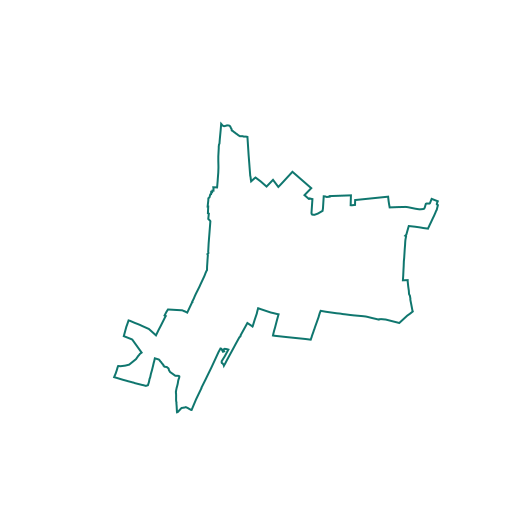 Negrasi, Arges, Romania, rotated 149°
{"feature_id": "2599482B82159527317545", "entity_name": "Negrasi", "entity_type": "district", "adm_level": 2, "iso_a3": "ROU", "parent_name": "Romania", "parent_adm1": "Arges", "projection": "equal_earth", "projection_center": [25.135, 44.592], "detail": "fine", "context": "isolated", "style": "outline", "palette": "teal", "viewbox_px": 512, "rotation_deg": 149, "n_neighbors": 0, "source": "geoboundaries", "source_scale": "gbopen_adm2", "svg_char_len": 5938}
<svg xmlns="http://www.w3.org/2000/svg" viewBox="0 0 512 512"><g transform="rotate(149 256 256)"><path d="M232.4,367.6L237.0,360.8L239.4,356.8L241.5,353.1L242.8,350.9L245.4,346.9L249.1,341.7L250.2,340.1L253.9,335.0L254.1,334.8L255.0,335.5L257.2,336.9L257.8,335.5L258.8,333.9L259.8,334.5L260.7,333.3L261.4,334.0L262.7,332.1L263.5,332.3L265.7,330.2L267.1,330.0L268.2,328.3L272.0,323.3L271.5,323.0L275.2,317.4L274.6,316.6L277.8,312.4L277.2,309.8L277.2,309.3L290.1,291.2L294.9,284.1L295.2,283.1L295.6,282.8L296.4,282.6L296.7,282.6L296.9,281.4L298.4,279.3L299.8,277.3L301.1,275.4L303.4,272.1L305.3,269.1L306.7,268.4L307.1,268.0L307.9,267.5L309.5,266.2L311.0,265.1L318.6,260.0L320.0,259.0L327.1,254.5L329.0,253.2L331.3,251.5L332.1,251.0L334.3,249.6L334.3,249.3L334.5,249.3L344.1,242.9L345.7,245.5L345.9,245.5L347.0,247.2L347.3,247.5L359.0,255.5L361.6,254.2L365.0,252.1L364.3,251.0L365.4,250.4L373.6,245.2L377.4,242.9L382.6,239.5L385.4,248.6L389.8,254.9L390.9,256.6L392.4,258.6L394.3,261.0L397.3,265.2L398.4,266.4L402.1,263.3L403.5,262.2L410.6,255.4L405.4,248.6L405.1,248.0L403.8,232.1L405.9,231.9L407.6,231.2L408.2,231.1L412.0,229.4L420.7,228.2L424.6,229.4L429.1,231.4L430.1,232.2L430.8,232.7L431.9,231.9L434.5,229.5L435.6,228.6L436.5,227.8L438.4,226.4L438.6,226.3L440.0,225.2L438.6,223.7L438.4,223.5L433.7,218.3L431.0,215.5L430.4,214.8L428.3,212.7L426.6,210.9L426.3,210.7L425.9,210.2L425.6,209.8L425.3,209.4L425.0,209.1L419.8,203.9L419.7,203.8L419.4,203.6L417.3,201.4L417.2,201.4L415.7,201.0L415.2,200.9L415.1,201.0L412.8,203.0L410.4,205.6L410.2,205.7L409.1,206.6L406.7,209.2L404.2,211.5L403.8,211.9L403.7,212.0L403.2,212.5L402.2,213.5L401.4,214.3L401.1,214.6L398.6,217.2L397.2,218.5L395.4,220.4L392.6,217.3L392.4,216.6L392.3,215.7L392.3,215.1L392.0,214.0L391.9,212.2L391.7,211.6L391.6,210.9L391.5,210.3L391.7,210.0L391.8,209.7L391.5,208.9L391.5,208.7L391.5,208.3L389.7,206.8L389.6,206.7L389.5,206.2L389.0,205.0L388.9,204.6L389.0,204.2L389.2,203.6L389.4,203.2L389.4,201.0L389.4,200.8L388.7,199.2L388.0,197.6L386.9,195.0L386.7,194.8L384.9,193.7L384.0,193.0L383.8,192.7L383.7,192.3L384.2,191.6L384.8,191.0L385.6,190.4L386.9,189.2L387.8,188.1L389.0,186.7L389.6,186.1L390.0,185.7L390.6,185.1L390.9,184.8L392.1,183.7L392.5,183.2L393.2,182.5L393.4,182.2L394.3,181.3L394.3,181.1L394.8,180.5L394.8,180.4L395.3,179.6L395.3,179.4L396.3,177.6L398.5,174.0L399.2,172.7L399.6,171.4L399.9,171.1L401.5,167.9L402.4,166.2L404.1,163.0L404.2,162.7L403.7,162.6L403.1,162.6L402.5,162.8L401.9,163.0L401.2,163.2L400.1,163.5L398.9,163.9L397.9,164.0L396.8,163.5L396.1,163.3L395.5,163.0L395.0,162.8L394.2,162.7L393.6,162.1L393.2,161.4L392.7,160.7L392.1,159.5L391.8,159.0L391.2,158.0L391.0,157.6L390.5,157.2L381.2,164.0L370.7,170.9L370.6,171.2L363.5,175.7L363.0,176.0L360.9,177.4L351.8,183.3L343.4,189.0L339.6,191.6L338.5,192.3L338.2,192.6L334.1,195.0L333.5,194.4L333.5,194.2L333.6,190.9L332.4,190.7L332.3,192.6L330.7,192.6L329.1,191.3L327.9,190.0L334.5,186.1L339.6,183.5L340.3,182.4L340.4,181.9L340.0,181.2L339.8,180.1L339.8,179.2L340.0,178.5L339.5,178.8L337.8,179.7L335.9,180.9L333.9,182.1L323.0,188.5L318.8,191.0L312.1,194.9L311.3,195.0L310.8,195.1L310.0,195.8L310.0,196.0L306.0,198.3L297.9,203.0L295.6,198.1L295.3,197.3L295.1,197.4L290.1,201.9L284.8,206.4L284.3,207.0L283.3,208.0L281.1,210.1L276.5,204.7L272.4,199.9L270.5,198.1L269.0,196.6L267.8,195.4L266.7,194.4L271.3,190.0L276.5,184.9L276.7,184.7L277.8,183.7L278.7,182.9L281.0,180.6L282.4,179.1L281.5,178.3L277.0,174.9L271.2,170.5L267.2,167.5L256.5,159.5L252.2,156.1L251.7,156.5L250.8,157.3L250.0,157.9L249.2,158.7L248.0,159.7L245.9,161.4L244.2,162.9L243.3,163.5L242.6,164.2L240.9,165.6L239.9,166.4L233.7,171.5L232.5,172.7L232.0,173.1L230.8,174.2L228.8,175.7L224.8,172.2L216.4,165.4L213.4,163.2L211.5,161.5L209.5,160.0L205.6,156.9L202.7,154.7L195.4,149.4L193.2,147.7L192.1,146.7L188.1,142.7L185.8,140.5L183.5,138.2L183.1,138.4L182.1,137.9L180.9,137.2L177.5,134.7L167.7,124.8L157.0,127.0L153.9,127.2L150.2,127.7L149.9,129.0L148.6,132.5L146.2,139.1L145.7,139.8L144.6,142.5L144.4,144.6L142.9,147.5L141.3,151.3L139.2,155.8L138.4,157.2L142.6,159.5L140.3,162.8L139.5,164.0L136.5,168.5L134.8,171.0L132.0,175.3L130.0,178.0L125.1,185.1L122.6,188.6L121.8,189.8L120.7,191.4L119.6,192.9L117.2,195.6L117.2,195.9L117.6,196.5L116.8,196.7L116.1,196.9L113.7,199.2L110.6,202.1L109.6,203.0L104.6,199.2L101.4,196.6L99.4,194.9L98.3,193.9L94.5,190.9L94.3,191.1L94.1,191.2L92.5,192.2L91.1,193.2L88.8,194.7L84.2,197.8L83.2,198.4L79.8,200.8L78.8,201.6L78.2,202.0L77.9,202.1L77.1,202.7L76.2,203.6L73.9,205.9L73.9,206.4L74.4,207.1L73.8,208.0L72.0,209.3L76.0,214.5L79.7,211.7L80.1,211.6L80.5,211.7L82.0,212.7L82.9,213.2L83.6,213.2L86.3,210.7L87.4,210.0L88.0,210.0L88.8,210.3L90.1,210.9L91.7,211.7L93.2,212.9L95.1,214.5L100.2,219.2L101.5,220.3L102.5,221.0L105.1,222.5L109.3,224.9L116.4,228.8L115.2,232.0L114.0,234.9L112.2,238.8L142.2,252.9L144.8,248.8L147.9,250.2L148.7,250.8L143.4,259.1L162.0,269.4L162.3,268.9L164.9,270.1L165.2,270.4L166.1,271.5L167.2,272.3L174.1,262.3L175.7,260.4L181.2,260.5L184.7,261.2L186.1,262.2L186.5,262.5L186.6,263.5L186.3,264.3L178.4,275.6L178.9,275.9L179.0,276.1L178.8,276.2L178.9,276.3L179.8,277.0L180.2,277.7L180.5,277.8L180.6,277.6L180.9,277.5L181.3,277.7L183.1,283.2L173.7,285.7L181.4,309.4L194.7,305.5L198.6,304.4L201.3,303.7L202.2,312.5L211.2,310.1L213.6,317.6L216.0,323.5L217.1,323.4L221.7,322.5L220.8,324.8L220.7,324.9L219.9,326.8L219.6,327.8L216.5,334.0L210.2,346.6L202.0,362.5L203.2,363.6L204.6,364.4L205.3,364.9L205.6,365.5L206.1,365.8L207.1,366.4L208.1,367.0L208.9,368.5L209.8,370.8L210.1,371.3L210.3,371.8L210.4,372.4L210.7,372.8L210.9,373.4L211.3,374.3L211.4,374.9L212.1,376.0L212.1,376.3L211.6,377.2L211.6,378.7L211.4,380.0L211.4,380.5L211.6,381.2L212.0,381.8L213.0,382.5L213.5,382.9L214.2,383.0L216.0,383.5L216.5,383.7L217.0,384.3L217.5,385.2L217.7,386.7L217.8,387.2L221.6,381.9L226.7,375.0L229.4,371.2L230.3,370.6L231.7,368.8L232.4,367.6Z" fill="none" stroke="#0f766e" stroke-width="2"/></g></svg>